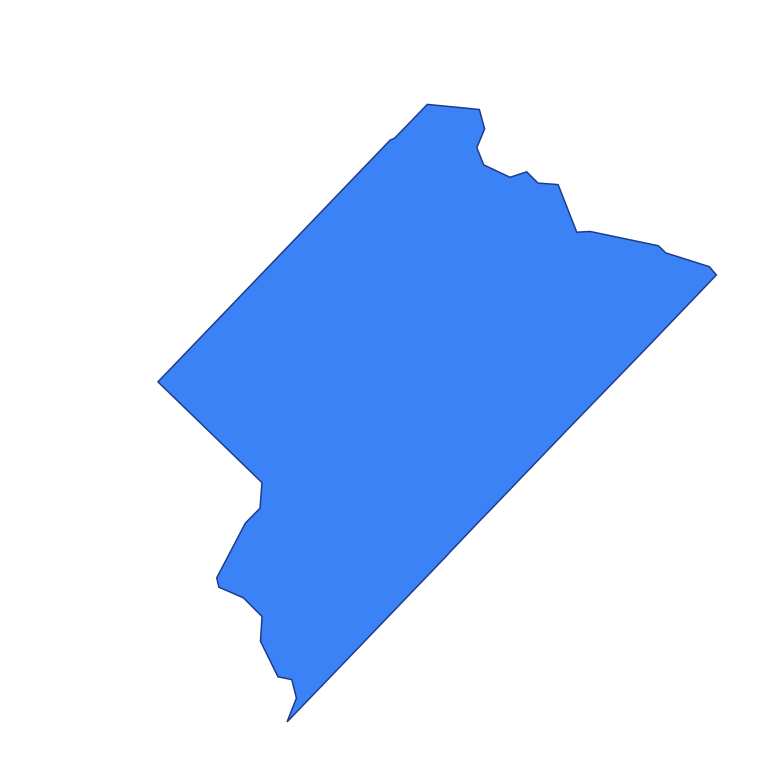 the district of Teton, Idaho, United States of America, rotated 44°
{"feature_id": "52423323B31857340123738", "entity_name": "Teton", "entity_type": "district", "adm_level": 2, "iso_a3": "USA", "parent_name": "United States of America", "parent_adm1": "Idaho", "projection": "mercator", "projection_center": [-111.172, 43.743], "detail": "fine", "context": "isolated", "style": "filled", "palette": "blue", "viewbox_px": 768, "rotation_deg": 44, "n_neighbors": 0, "source": "geoboundaries", "source_scale": "gbopen_adm2", "svg_char_len": 681}
<svg xmlns="http://www.w3.org/2000/svg" viewBox="0 0 768 768"><g transform="rotate(44 384 384)"><path d="M220.9,152.8L220.9,199.7L219.0,204.4L219.9,539.5L364.7,539.7L381.1,559.5L380.9,580.3L398.3,639.6L406.4,644.9L431.4,635.5L457.8,636.0L473.9,654.9L511.2,668.3L523.0,660.7L539.2,670.8L549.0,694.4L548.8,589.4L548.5,491.9L548.4,463.8L548.2,458.8L548.2,457.6L548.2,455.0L547.9,411.1L547.9,405.4L548.0,404.8L547.6,290.6L547.8,171.5L547.4,85.6L547.3,74.7L536.6,73.6L495.5,94.0L485.5,93.9L426.3,131.1L417.2,140.9L370.7,119.6L355.2,132.5L339.2,132.3L331.0,147.8L303.5,157.1L286.6,149.5L279.2,130.6L261.9,120.3L220.9,152.8Z" fill="#3b82f6" stroke="#1e3a8a" stroke-width="1.5"/></g></svg>